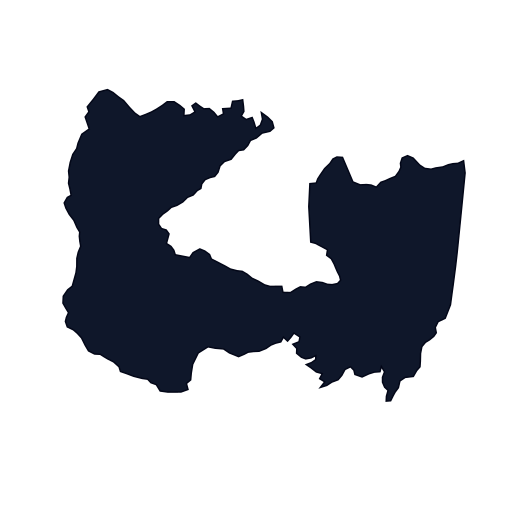 São Lourenço do Oeste, Santa Catarina, Brazil (Robinson projection), rotated 281°
{"feature_id": "56859067B44410485278405", "entity_name": "São Lourenço do Oeste", "entity_type": "district", "adm_level": 2, "iso_a3": "BRA", "parent_name": "Brazil", "parent_adm1": "Santa Catarina", "projection": "robinson", "projection_center": [-52.857, -26.469], "detail": "fine", "context": "isolated", "style": "filled", "palette": "ink", "viewbox_px": 512, "rotation_deg": 281, "n_neighbors": 0, "source": "geoboundaries", "source_scale": "gbopen_adm2", "svg_char_len": 3761}
<svg xmlns="http://www.w3.org/2000/svg" viewBox="0 0 512 512"><g transform="rotate(281 256 256)"><path d="M150.4,84.3L148.7,90.8L146.1,95.3L142.3,100.4L136.0,105.2L130.9,109.7L129.0,116.2L129.8,121.9L128.1,126.2L126.6,130.4L124.9,136.4L121.1,142.7L116.8,145.0L115.9,151.4L114.6,158.9L114.1,167.7L114.4,173.2L111.6,177.0L110.7,182.7L105.2,187.7L105.6,195.2L106.7,201.0L108.2,208.3L112.0,214.7L117.6,212.0L121.9,215.5L128.6,214.8L137.6,214.5L149.8,217.8L157.7,226.2L157.7,233.6L158.6,241.9L155.8,248.4L154.9,253.1L153.9,258.1L157.3,263.1L160.1,266.6L161.8,271.8L163.1,277.2L167.1,283.4L171.4,287.6L174.2,291.9L176.4,296.7L181.6,298.4L178.5,303.2L182.8,305.7L187.6,307.9L184.9,314.6L180.0,314.6L176.4,309.0L173.0,313.7L168.3,314.4L165.3,319.9L164.5,324.4L166.5,329.5L169.7,333.7L165.7,334.4L162.0,330.9L159.0,326.1L156.8,331.2L153.7,337.3L153.2,343.5L147.7,341.9L145.6,347.5L139.3,344.3L142.5,350.2L146.7,354.5L150.2,360.2L155.2,363.0L161.6,365.0L165.3,369.9L162.6,373.9L158.6,375.7L157.5,383.2L161.9,389.3L164.6,394.3L166.1,399.8L171.5,400.1L166.8,404.3L161.1,403.3L156.2,404.3L151.8,407.3L149.3,411.3L143.2,410.8L138.4,411.5L139.6,415.8L145.1,417.3L148.9,418.5L153.9,420.9L160.8,421.1L165.3,425.6L167.8,433.4L174.2,435.6L178.5,438.1L184.1,437.4L191.8,436.1L198.7,436.1L203.6,438.8L206.8,442.3L211.0,445.8L215.0,447.6L220.1,445.6L226.3,447.3L231.0,453.6L245.2,456.2L258.7,455.4L264.4,455.1L283.7,453.9L296.6,452.9L304.5,452.2L332.6,449.6L354.0,447.6L377.4,445.4L389.1,441.6L385.5,436.6L384.2,431.8L382.3,427.4L379.1,422.5L376.7,415.6L374.6,411.3L374.2,404.9L376.5,399.3L382.1,391.6L383.4,385.6L380.1,380.8L374.6,380.1L370.8,381.3L366.4,380.3L360.8,377.7L357.4,372.5L354.5,368.5L352.2,364.5L346.5,361.0L347.6,355.5L347.2,350.9L345.7,344.7L347.2,337.0L369.3,322.1L368.6,316.5L365.9,313.0L360.9,310.9L354.9,306.7L347.8,303.6L343.5,301.9L339.1,301.2L337.3,295.1L314.6,298.4L280.1,307.1L279.8,311.9L278.0,317.9L275.8,325.0L270.2,325.2L267.7,330.4L263.1,334.2L259.6,336.5L256.1,338.9L252.3,341.9L248.4,343.7L244.5,341.3L242.4,336.2L241.8,331.4L242.6,326.2L242.2,320.2L238.8,314.9L234.7,310.6L234.2,305.4L231.1,301.5L226.7,296.9L225.4,289.4L231.1,287.1L230.0,281.4L228.8,275.6L229.3,269.9L231.8,262.8L233.4,256.3L236.4,250.8L238.3,245.4L237.9,240.3L238.3,233.3L240.3,227.3L244.5,212.8L248.6,210.1L251.1,204.8L252.2,199.5L247.3,193.6L241.8,191.2L241.8,176.5L246.0,174.2L249.2,170.7L251.2,165.7L261.1,166.4L264.4,162.9L264.9,158.0L268.6,154.3L274.3,153.2L279.3,156.5L283.5,160.5L287.6,163.5L290.6,168.7L295.1,173.8L300.5,177.5L303.9,182.7L309.0,185.8L311.8,189.0L316.4,189.0L321.3,191.5L324.3,196.0L326.2,200.2L330.9,202.7L337.6,203.5L342.7,207.0L346.2,213.1L352.3,216.3L356.2,218.8L357.9,223.6L362.9,226.8L368.4,228.5L371.9,233.8L377.8,238.5L381.1,245.9L385.2,249.1L390.9,246.3L394.5,240.9L397.8,233.9L391.5,236.3L385.2,235.3L381.2,231.5L387.3,228.3L391.2,225.8L388.1,220.3L390.5,214.8L395.6,216.5L400.4,215.2L406.8,213.1L404.9,208.8L403.4,203.5L396.3,203.3L394.2,195.2L389.3,197.0L385.2,191.8L389.0,187.2L391.8,182.0L390.5,176.7L392.5,171.9L394.6,167.7L391.2,164.5L385.8,168.7L381.9,164.4L380.0,158.4L386.4,157.5L389.2,152.5L391.8,146.2L390.5,139.4L386.0,135.4L381.1,130.3L377.4,125.9L373.8,120.6L370.6,115.4L373.2,109.7L377.7,103.4L383.3,96.4L386.0,90.4L389.2,84.4L391.0,78.5L387.1,70.5L378.8,66.5L370.2,61.9L365.7,64.5L359.9,61.8L348.9,68.1L342.3,61.8L332.8,59.8L327.2,59.5L320.8,56.8L312.5,55.8L303.7,55.8L297.7,57.6L291.7,58.1L286.5,60.5L280.3,63.0L277.5,59.6L271.5,57.6L266.7,60.3L261.2,64.8L256.3,70.4L249.9,74.8L245.9,78.4L241.7,78.8L236.8,80.3L232.1,82.1L225.8,80.8L219.6,80.6L211.5,82.1L205.1,82.5L191.3,81.4L186.9,77.6L179.8,74.5L172.9,75.5L168.8,79.0L164.6,82.8L159.6,81.6L155.4,81.4L150.4,84.3Z" fill="#0f172a" stroke="#020617" stroke-width="1.5"/></g></svg>